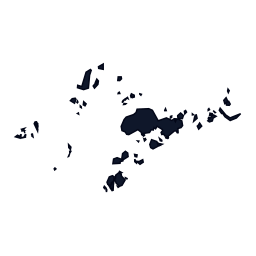 the district of Sulu, Sulu, Philippines
{"feature_id": "2640588B7308386302326", "entity_name": "Sulu", "entity_type": "district", "adm_level": 2, "iso_a3": "PHL", "parent_name": "Philippines", "parent_adm1": "Sulu", "projection": "natural_earth1", "projection_center": [120.931, 5.941], "detail": "fine", "context": "isolated", "style": "filled", "palette": "ink", "viewbox_px": 256, "rotation_deg": 0, "n_neighbors": 0, "source": "geoboundaries", "source_scale": "gbopen_adm2", "svg_char_len": 5904}
<svg xmlns="http://www.w3.org/2000/svg" viewBox="0 0 256 256"><path d="M166.8,136.5L165.9,137.7L165.3,137.0L166.0,138.0L167.0,137.6L166.7,138.9L167.1,137.9L168.1,138.3L168.7,137.3L168.3,137.7L168.3,136.7L167.8,136.9L167.5,136.7L174.6,130.8L177.0,131.2L176.7,131.9L177.3,132.8L178.1,132.7L177.9,128.5L181.0,127.6L182.6,125.6L181.8,120.9L178.1,119.0L176.3,119.7L175.4,121.7L174.8,120.7L175.7,119.7L173.8,119.0L171.9,120.5L166.4,117.9L158.2,120.8L152.4,110.3L148.8,108.7L137.1,109.2L136.1,112.5L133.5,114.6L126.2,117.1L124.1,119.6L121.2,126.4L122.0,130.6L125.2,131.9L126.7,134.3L128.8,134.6L137.9,129.6L141.4,132.4L141.7,134.6L143.6,136.1L144.5,135.2L143.4,134.6L144.8,134.3L143.1,134.2L143.0,133.5L149.5,132.5L151.2,129.7L153.3,130.0L154.0,127.5L155.6,128.8L157.1,126.2L162.3,129.5L162.7,130.6L161.1,132.4L161.8,134.5L163.8,134.1L164.6,135.8L166.8,136.5ZM90.4,69.5L86.1,72.2L81.8,86.5L77.7,85.3L77.5,87.7L83.6,89.6L88.4,88.1L89.6,75.1L91.2,70.3L90.4,69.5ZM118.7,172.8L115.7,175.2L115.5,178.3L114.5,179.0L116.3,183.4L119.4,186.3L122.0,185.3L125.1,180.0L121.5,176.1L121.2,174.2L118.7,172.8ZM151.6,139.7L149.8,144.5L150.7,147.6L153.0,148.9L158.2,146.1L156.8,141.5L151.6,139.7ZM220.2,108.2L219.3,110.3L221.6,113.5L222.6,113.3L224.9,116.7L230.2,120.5L236.4,118.0L240.6,113.7L230.1,117.9L225.8,115.0L220.2,108.2ZM113.6,181.0L114.1,176.7L112.4,175.7L109.3,176.9L107.0,182.2L107.8,184.4L110.5,185.2L111.2,182.8L113.6,181.0ZM117.1,157.7L113.6,159.0L112.9,163.7L120.0,163.3L120.3,161.6L122.9,160.9L123.1,159.9L117.1,157.7ZM125.4,151.3L122.6,153.6L121.9,158.0L123.2,159.7L128.1,156.6L127.7,153.0L125.4,151.3ZM213.0,113.8L210.0,113.2L209.6,115.4L210.9,115.2L211.6,116.8L207.8,120.8L209.4,121.9L212.3,121.0L213.1,118.1L216.1,116.3L213.5,114.9L211.8,115.7L212.1,114.5L210.6,114.1L210.3,113.3L213.0,113.8ZM180.6,113.0L177.7,115.6L177.7,117.0L178.4,118.3L182.4,118.6L183.4,115.5L180.6,113.0ZM96.8,79.1L95.1,83.0L95.8,81.7L96.4,82.5L96.7,81.1L97.2,81.2L97.0,85.1L95.9,82.6L93.2,86.0L94.5,88.1L97.9,84.4L98.4,81.0L96.8,79.1ZM103.2,64.0L98.5,66.7L98.7,68.4L103.2,69.3L103.2,64.0ZM75.2,98.2L72.2,98.7L70.4,100.7L74.5,103.2L76.0,99.4L75.2,98.2ZM142.7,159.7L139.1,161.5L136.7,161.3L140.0,164.3L143.2,162.2L142.7,159.7ZM199.6,123.0L199.0,124.0L199.7,123.9L199.7,124.3L197.3,126.1L198.7,129.1L201.7,126.1L199.6,123.0ZM113.1,187.6L113.9,181.0L111.8,183.2L111.6,184.4L110.7,185.5L110.7,185.8L110.6,186.4L110.2,186.8L110.1,187.8L112.0,190.5L113.1,190.3L113.2,188.8L112.2,190.2L111.5,188.4L113.1,187.6ZM226.1,97.7L223.8,100.3L224.8,103.6L227.8,101.4L226.1,97.7ZM228.7,101.3L225.9,103.0L226.5,105.1L229.3,105.3L230.2,104.1L228.7,101.3ZM121.2,76.9L118.2,76.9L117.8,80.5L119.7,80.6L121.5,78.8L121.2,76.9ZM197.1,118.3L196.3,114.9L195.8,115.0L195.4,115.3L194.6,117.0L193.7,121.3L197.1,118.3ZM36.5,121.8L35.3,121.9L35.1,122.2L34.9,122.2L34.2,123.7L37.6,131.0L37.8,129.1L36.8,128.2L36.3,125.5L35.2,124.9L34.9,122.4L36.1,122.1L36.6,123.2L35.7,123.7L35.6,123.4L35.5,123.5L36.9,125.0L37.7,124.1L36.5,121.8ZM83.7,101.7L83.3,104.8L85.0,105.8L86.1,103.9L83.7,101.7ZM17.5,135.2L15.4,136.8L20.0,138.1L19.4,136.1L17.5,135.2ZM68.6,144.6L68.8,147.6L70.4,149.5L70.9,147.1L68.6,144.6ZM131.4,93.8L130.6,95.7L131.3,98.1L131.3,95.4L131.8,94.8L133.8,95.4L133.1,97.4L134.3,97.0L134.2,95.2L131.4,93.8ZM25.4,134.7L25.4,136.0L24.9,135.4L24.3,136.4L24.9,135.9L25.2,136.5L21.0,138.1L25.3,137.2L25.6,135.1L26.3,135.3L25.4,134.7ZM137.1,154.9L134.6,154.4L135.0,156.5L136.7,156.9L137.1,154.9ZM185.6,110.5L184.4,111.2L184.8,113.9L186.5,112.1L185.6,110.5ZM24.5,128.4L21.8,129.2L23.1,130.0L21.8,129.7L22.0,131.0L24.2,130.4L23.3,130.0L23.3,129.7L24.5,128.4ZM228.0,89.1L227.6,91.0L228.3,92.6L229.2,90.7L228.0,89.1ZM127.5,97.4L123.4,100.2L122.8,101.0L122.4,101.7L122.3,102.7L124.4,99.6L124.6,99.9L125.3,100.0L126.9,98.0L128.0,98.6L127.5,97.4ZM158.6,143.4L159.5,145.6L162.2,144.2L160.2,143.8L160.3,144.7L158.6,143.4ZM134.7,159.2L134.8,161.7L136.5,163.1L136.6,162.5L134.7,159.2ZM104.4,186.3L103.8,187.5L104.4,188.4L104.7,187.8L104.1,187.6L104.2,186.9L105.7,187.8L106.5,192.0L106.8,189.9L105.9,187.9L104.4,186.3ZM159.5,138.4L160.2,140.7L161.7,141.1L161.8,140.3L159.5,138.4ZM145.3,138.5L144.4,138.9L144.9,140.3L144.1,139.5L144.5,140.9L145.9,139.6L145.3,138.5ZM54.9,168.0L54.2,168.8L54.7,169.9L55.9,168.9L54.9,168.0ZM37.6,124.4L36.4,125.7L36.7,126.9L36.8,127.4L36.9,127.5L37.1,127.7L37.0,128.1L37.5,128.5L37.7,126.8L37.0,127.5L36.6,126.0L37.4,125.3L37.1,126.4L37.5,126.3L37.7,126.6L37.9,126.6L37.6,124.4ZM213.2,110.6L215.0,112.7L215.4,112.5L213.2,110.6ZM32.4,134.0L32.0,134.0L31.7,134.2L31.6,134.8L31.8,135.2L31.7,134.2L32.0,134.0L32.3,134.1L32.0,136.2L33.0,136.9L32.4,134.0ZM119.3,92.2L118.4,92.7L118.1,93.6L119.8,93.5L119.3,92.2ZM70.8,151.4L69.7,151.3L69.8,153.1L70.8,151.4ZM171.7,116.0L170.5,116.4L170.4,118.0L171.6,117.4L171.7,116.0ZM110.6,185.7L109.0,185.8L110.1,187.5L110.1,186.9L110.6,185.7ZM141.4,94.3L139.8,93.8L139.8,94.2L140.9,95.2L141.4,94.3ZM208.9,108.6L208.2,109.3L208.2,110.4L209.5,109.7L208.9,108.6ZM80.3,105.9L80.3,107.1L81.3,107.7L81.2,106.7L80.3,105.9ZM21.1,134.1L21.1,134.4L20.5,134.9L20.3,135.6L20.9,137.6L21.1,134.1ZM121.7,172.6L119.5,171.4L119.3,171.9L119.7,173.3L121.7,172.6ZM165.5,108.7L164.7,110.4L164.8,110.7L166.2,110.6L165.5,108.7ZM124.0,103.5L123.6,104.5L125.2,104.3L125.7,104.0L126.0,103.7L124.0,103.5ZM127.6,178.8L125.4,177.7L125.4,177.9L126.4,178.8L127.6,178.8ZM209.4,117.5L208.6,117.5L208.1,119.3L209.4,117.5ZM78.4,113.0L77.5,113.5L78.6,114.1L78.4,113.0ZM132.9,97.6L131.8,96.1L132.1,96.6L131.8,96.6L131.8,96.8L131.7,96.9L131.7,97.0L132.9,97.6ZM77.5,101.1L76.9,102.3L77.4,102.8L77.9,102.1L77.5,101.1ZM24.9,132.9L24.2,130.9L24.2,131.2L24.9,132.9ZM138.8,141.1L137.7,141.0L138.5,141.8L138.8,141.1ZM176.9,118.9L175.5,118.8L176.2,119.5L176.9,118.9ZM193.4,114.7L192.4,113.9L192.4,114.9L193.4,114.7ZM68.7,156.4L69.6,153.8L68.4,156.5L68.7,156.4ZM118.1,187.3L118.7,186.9L117.6,186.5L118.1,187.3Z" fill="#0f172a" stroke="#020617" stroke-width="1.5"/></svg>